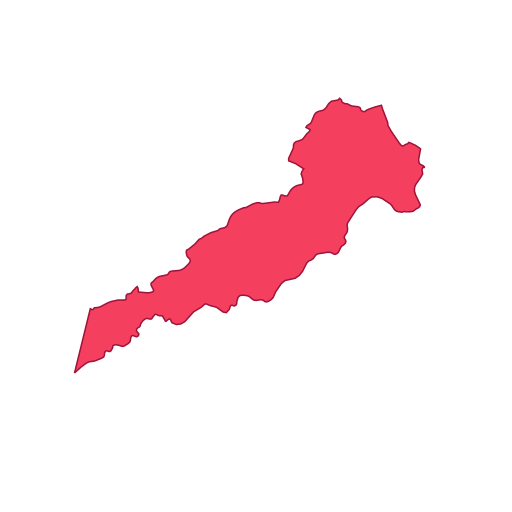 map outline of Putumayo (orthographic projection), rotated 121°
{"feature_id": "COL-1407", "entity_name": "Putumayo", "entity_type": "Intendancy", "adm_level": 1, "iso_a3": "COL", "parent_name": "Colombia", "parent_adm1": "", "projection": "orthographic", "projection_center": [-75.67, 0.437], "detail": "fine", "context": "isolated", "style": "filled", "palette": "rose", "viewbox_px": 512, "rotation_deg": 121, "n_neighbors": 0, "source": "natural_earth", "source_scale": "10m", "svg_char_len": 4616}
<svg xmlns="http://www.w3.org/2000/svg" viewBox="0 0 512 512"><g transform="rotate(121 256 256)"><path d="M184.1,260.2L181.3,260.1L178.8,259.5L176.5,258.5L174.3,257.0L171.1,253.7L170.0,253.2L168.7,253.5L166.6,255.1L166.0,255.5L165.4,256.0L162.5,259.5L161.4,259.8L160.2,260.1L157.7,260.2L156.6,260.0L156.7,260.8L156.4,269.3L157.6,277.0L155.6,278.3L144.2,279.6L141.2,281.2L139.5,281.4L137.4,280.6L134.3,277.8L132.5,276.5L130.8,276.0L125.2,275.4L121.3,274.3L119.8,274.8L120.1,279.4L118.4,279.5L114.3,277.6L112.8,277.5L104.9,278.7L103.1,278.6L101.5,278.0L99.5,276.6L97.0,274.0L95.8,273.2L93.9,272.6L92.5,272.3L87.9,272.2L84.5,271.1L80.1,266.1L77.7,265.5L77.9,264.8L78.3,263.0L78.6,262.7L79.3,262.2L79.7,261.3L79.9,260.6L79.6,258.3L78.5,256.0L78.3,252.5L77.9,250.8L75.5,245.4L75.3,244.2L75.4,243.0L75.8,242.3L76.3,242.0L76.7,241.7L77.0,241.0L77.1,239.0L76.7,237.9L76.1,237.1L74.2,236.4L72.1,235.0L66.8,230.6L62.2,226.1L64.6,223.5L71.6,214.6L73.8,211.8L76.0,210.3L79.3,204.6L84.8,192.7L85.3,191.7L86.3,188.7L86.3,187.7L86.0,186.6L85.5,186.2L84.0,185.7L81.7,183.9L80.9,183.6L80.5,183.7L80.0,183.6L79.7,182.9L79.0,176.5L79.2,171.6L79.5,170.0L81.3,169.4L89.5,166.3L90.7,165.4L92.3,164.0L92.7,162.9L92.8,161.6L92.5,159.2L92.8,157.8L93.1,157.4L93.5,157.4L93.8,157.7L94.2,158.6L96.3,158.3L99.8,155.4L103.6,155.3L112.7,155.9L115.8,155.3L118.9,153.5L121.5,150.6L127.5,141.5L129.3,141.1L131.2,141.7L133.1,142.9L136.9,144.5L138.9,147.0L141.0,150.4L141.3,151.6L143.3,153.5L144.7,156.7L145.1,158.3L145.2,159.8L144.7,161.8L142.8,165.7L142.2,167.7L141.8,177.8L142.9,182.7L145.6,186.9L147.9,188.5L156.1,191.1L160.7,193.3L164.2,194.0L180.4,194.5L182.2,194.0L183.3,193.3L184.3,192.4L185.7,191.4L187.4,190.6L188.9,190.2L192.6,190.4L194.6,190.0L195.5,188.9L196.2,187.5L197.3,186.4L197.5,186.3L199.1,186.0L200.7,186.4L203.8,187.7L205.9,187.7L210.2,187.3L212.2,187.8L213.9,189.1L214.3,190.5L214.3,192.1L214.6,194.0L216.0,196.6L222.2,204.0L224.2,205.2L228.8,205.6L231.1,206.7L233.2,208.2L235.2,208.8L237.3,208.8L245.2,208.2L250.4,208.9L255.0,211.0L262.1,218.5L266.6,220.1L276.4,220.7L282.8,219.9L285.1,220.4L287.9,221.6L289.1,222.5L290.1,223.6L290.5,224.8L290.3,227.0L290.4,228.1L291.5,230.0L294.1,233.1L294.9,235.0L294.9,237.0L294.2,240.8L294.5,242.8L296.1,246.7L297.9,249.2L300.4,250.1L304.3,249.2L307.1,247.9L308.3,247.9L309.9,248.7L310.2,249.3L310.5,251.2L311.0,251.9L312.1,252.2L313.2,252.0L315.4,251.4L319.8,252.2L321.0,255.4L320.3,263.1L320.6,264.7L322.2,270.0L322.7,273.9L323.6,275.1L328.5,276.7L335.9,280.7L348.9,283.2L352.9,285.4L355.7,288.9L356.5,293.6L355.7,295.0L354.6,296.4L354.3,297.6L355.9,298.7L358.1,299.4L358.6,300.0L358.0,300.9L356.4,303.9L355.8,304.6L355.6,305.5L356.9,307.9L357.2,308.8L357.4,310.8L357.9,312.4L358.7,312.8L359.6,312.7L361.5,313.0L362.3,313.0L363.2,313.0L364.2,313.5L364.7,314.4L365.5,316.9L366.1,317.9L367.7,318.9L370.0,319.6L372.3,319.9L374.1,319.7L376.2,319.2L377.3,319.6L378.3,320.3L380.2,320.6L381.9,319.8L383.0,316.4L384.8,315.7L386.7,316.6L387.2,318.3L387.4,320.1L388.3,321.4L390.1,321.4L394.2,319.8L396.6,320.3L400.7,322.4L401.8,323.3L402.5,324.5L402.7,325.3L402.8,326.2L403.9,329.6L404.4,330.6L405.3,331.6L406.6,332.4L407.5,332.2L408.3,331.7L409.5,331.5L410.6,331.6L411.3,331.5L412.0,331.5L413.1,332.0L413.6,332.8L414.1,335.1L414.8,335.9L416.9,335.9L418.8,335.0L420.8,334.5L422.9,335.5L429.1,340.2L432.8,344.7L435.3,346.3L440.9,348.6L449.6,351.3L449.8,351.3L386.5,370.9L386.4,369.7L386.2,368.5L385.6,368.0L384.0,368.0L383.4,367.7L382.4,366.1L380.9,364.4L379.5,363.2L372.6,359.0L369.6,356.7L364.8,351.6L361.5,346.1L360.4,345.2L359.2,345.5L358.2,346.0L357.5,346.6L356.9,346.9L355.3,346.8L354.6,346.4L354.3,345.8L353.7,345.2L352.9,344.6L352.4,344.1L351.7,343.8L348.8,343.5L346.6,342.9L345.4,342.8L343.4,342.1L344.3,340.6L347.4,338.2L343.5,330.2L341.9,327.9L339.5,325.8L338.1,326.1L335.2,330.7L333.9,331.7L332.8,331.8L330.9,331.1L327.0,330.3L324.5,329.2L323.0,328.0L318.3,322.9L317.6,322.3L316.5,322.0L314.5,322.0L313.5,321.6L312.2,320.3L307.7,314.1L305.5,312.4L303.1,311.2L297.9,309.8L295.6,309.5L293.8,309.9L292.7,311.1L292.3,313.3L291.7,314.8L290.3,316.5L288.5,317.9L286.8,318.5L284.6,317.2L277.4,314.6L270.9,313.3L268.7,311.7L265.9,310.8L259.2,306.7L253.8,301.8L251.8,301.2L250.6,300.4L249.2,298.8L247.3,297.1L245.1,296.4L242.9,296.7L237.9,297.8L235.3,298.0L232.7,297.8L230.5,297.3L228.6,296.5L225.4,294.7L220.8,291.3L219.8,289.7L212.8,285.4L210.0,282.8L208.7,280.9L208.2,278.7L207.6,277.3L199.9,267.5L199.4,266.2L198.3,264.4L195.7,264.8L192.8,265.7L190.7,265.8L190.2,264.9L189.5,261.9L188.8,260.6L187.9,260.2L186.6,260.1L184.1,260.2Z" fill="#f43f5e" stroke="#9f1239" stroke-width="1.5"/></g></svg>